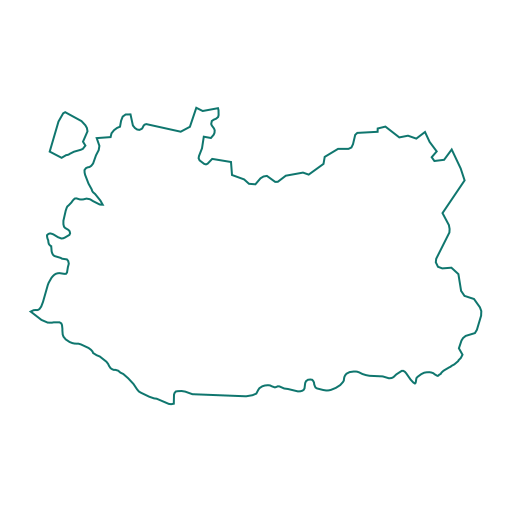 an SVG outline of Ciudad Real
{"feature_id": "ESP-5816", "entity_name": "Ciudad Real", "entity_type": "Autonomous Community", "adm_level": 1, "iso_a3": "ESP", "parent_name": "Spain", "parent_adm1": "", "projection": "albers", "projection_center": [-4.048, 38.963], "detail": "fine", "context": "isolated", "style": "outline", "palette": "teal", "viewbox_px": 512, "rotation_deg": 0, "n_neighbors": 0, "source": "natural_earth", "source_scale": "10m", "svg_char_len": 4339}
<svg xmlns="http://www.w3.org/2000/svg" viewBox="0 0 512 512"><path d="M460.7,168.5L464.6,180.4L442.5,213.1L448.9,225.1L449.6,229.0L449.4,232.5L436.2,258.8L435.8,262.3L438.0,266.8L442.3,268.4L451.4,267.7L458.4,274.1L461.1,290.9L464.5,295.9L474.0,299.0L479.9,307.3L481.3,311.1L481.1,315.7L476.9,329.8L474.9,333.1L465.7,335.9L463.1,338.0L461.5,340.5L458.9,348.3L462.5,354.7L460.8,358.0L458.6,360.2L458.2,361.1L454.3,364.4L451.3,366.0L451.2,366.2L450.5,366.8L449.5,367.2L444.2,370.3L443.1,371.1L441.4,372.7L441.1,373.3L440.8,373.8L440.4,374.1L439.4,374.6L438.9,375.0L438.5,375.5L437.8,375.9L436.9,375.6L434.8,374.4L433.3,373.2L431.3,372.5L429.4,372.2L426.6,372.3L424.2,372.7L421.3,374.1L417.5,376.9L416.4,378.2L415.9,381.4L415.6,382.8L414.9,383.5L413.3,382.5L410.6,379.6L406.2,373.3L404.9,371.8L403.4,370.9L401.7,370.9L396.3,374.4L393.5,377.1L391.7,378.0L389.0,378.3L382.7,376.4L369.5,375.8L365.9,375.1L362.4,374.0L359.0,372.3L356.8,371.6L353.9,371.5L349.6,372.1L346.5,373.7L345.1,375.4L344.3,377.2L344.0,378.9L343.8,380.6L342.9,382.1L340.2,385.1L335.8,387.9L330.9,389.9L328.6,390.4L326.3,390.5L323.2,390.0L316.9,388.4L315.5,387.5L314.8,386.0L314.2,384.3L314.0,382.6L313.3,381.1L312.2,379.8L310.3,379.5L307.9,379.8L306.0,381.2L305.2,383.0L304.5,388.4L303.7,389.8L302.4,390.7L300.3,391.3L297.9,391.4L288.0,389.0L284.2,388.5L279.4,386.4L277.8,386.3L276.5,386.9L274.9,387.4L271.8,386.3L270.0,385.4L267.9,385.2L264.9,385.5L262.3,386.3L259.4,388.2L258.2,390.0L256.3,393.6L252.5,395.2L246.1,396.3L192.4,394.2L185.2,391.6L181.5,391.0L177.5,391.2L175.8,391.5L174.5,393.1L174.0,394.7L173.8,403.7L171.1,404.2L168.8,403.9L156.6,398.7L154.1,398.4L149.2,396.7L140.9,392.7L138.9,391.5L137.1,389.4L133.5,384.0L128.2,378.3L123.3,374.0L120.4,372.6L118.2,370.7L115.6,369.9L113.8,369.9L112.1,369.2L110.6,368.2L109.1,366.0L108.1,363.9L106.4,361.7L99.8,356.5L96.6,355.2L93.1,353.0L92.5,351.5L91.0,349.8L88.6,348.0L80.9,344.4L78.5,343.7L74.8,343.6L72.4,343.1L69.6,342.0L65.7,339.4L63.5,336.7L62.7,334.5L62.4,330.7L62.4,328.8L62.0,325.1L61.3,323.4L59.5,322.3L53.9,322.3L51.8,322.7L47.7,322.6L41.4,319.9L30.7,311.6L33.6,310.2L35.8,310.0L37.1,310.1L38.0,309.9L39.4,309.1L41.2,306.6L43.0,301.9L47.8,285.0L48.7,282.7L51.6,277.6L53.1,275.9L54.4,274.7L55.9,273.8L57.6,273.3L59.4,273.1L64.6,273.9L66.0,273.8L67.0,272.5L67.9,267.1L68.8,263.7L68.2,261.0L66.9,259.4L62.0,258.7L60.7,257.9L54.4,256.0L53.1,254.9L52.3,253.5L51.7,251.7L51.5,249.9L51.4,248.3L51.2,246.4L51.2,246.2L50.6,245.9L49.7,245.1L48.8,243.9L48.4,242.2L48.2,240.3L47.5,238.6L47.1,236.8L47.0,235.2L48.5,233.9L50.1,233.4L51.8,233.8L53.4,234.4L58.0,237.2L61.4,238.5L63.2,238.3L64.8,237.6L69.4,234.9L70.1,233.3L69.6,231.2L68.4,229.9L65.2,228.0L64.0,226.7L63.4,224.2L63.4,220.8L65.7,210.7L66.6,208.0L67.3,206.5L68.7,205.3L71.4,202.5L72.5,200.9L73.7,199.5L74.9,198.5L76.5,198.4L79.7,199.4L81.4,199.5L83.2,199.4L86.5,198.6L89.8,199.2L91.3,200.0L92.8,201.0L99.3,204.3L100.2,204.6L102.7,204.7L100.4,200.6L95.1,194.0L93.0,192.2L92.0,190.6L91.8,189.6L88.5,183.6L85.1,174.8L84.6,172.6L84.5,170.1L85.9,168.2L87.5,167.4L89.5,167.0L91.3,165.8L93.1,163.5L96.0,155.3L98.7,150.1L99.4,145.9L96.7,138.1L110.6,137.1L111.5,133.3L114.0,130.2L117.1,127.9L120.0,126.7L121.1,120.7L122.7,116.6L125.6,114.5L130.5,114.4L132.9,125.5L134.9,128.0L137.1,129.5L139.4,129.9L141.8,128.8L142.5,127.9L143.7,125.5L144.7,124.6L146.3,124.1L180.7,131.7L189.9,126.8L196.3,107.8L202.7,111.0L218.0,108.2L218.5,110.2L218.6,115.1L218.1,117.0L216.1,118.7L213.7,119.7L211.8,121.0L211.2,124.0L211.8,125.5L214.0,128.5L214.7,130.3L214.5,132.8L213.7,134.7L210.9,138.0L203.8,136.7L202.0,148.3L199.0,156.0L198.6,158.2L199.6,160.4L204.2,163.9L206.0,164.4L207.6,163.7L212.2,158.9L231.0,162.0L232.0,175.0L244.1,179.4L249.0,183.8L255.4,184.3L260.5,178.3L263.5,176.5L266.9,175.9L275.2,181.9L277.8,181.8L285.8,175.7L303.0,172.6L308.7,174.6L323.5,163.9L324.7,156.9L338.0,148.9L348.4,148.9L351.4,147.5L353.0,144.2L355.2,134.9L357.3,132.9L377.6,131.8L377.7,128.5L385.4,126.6L399.3,137.4L408.0,135.7L416.3,138.6L425.0,132.0L429.6,141.9L436.7,151.4L431.7,157.2L434.4,161.0L444.1,159.8L451.7,149.5L460.7,168.5ZM65.2,112.2L81.5,121.1L85.4,125.3L86.9,128.0L87.5,131.3L83.0,141.7L85.4,145.6L82.8,148.9L80.7,149.8L74.0,151.7L69.8,153.8L68.6,154.6L67.2,155.0L66.2,155.1L61.6,157.8L49.7,151.6L58.5,121.5L63.2,113.3L65.2,112.2Z" fill="none" stroke="#0f766e" stroke-width="2"/></svg>